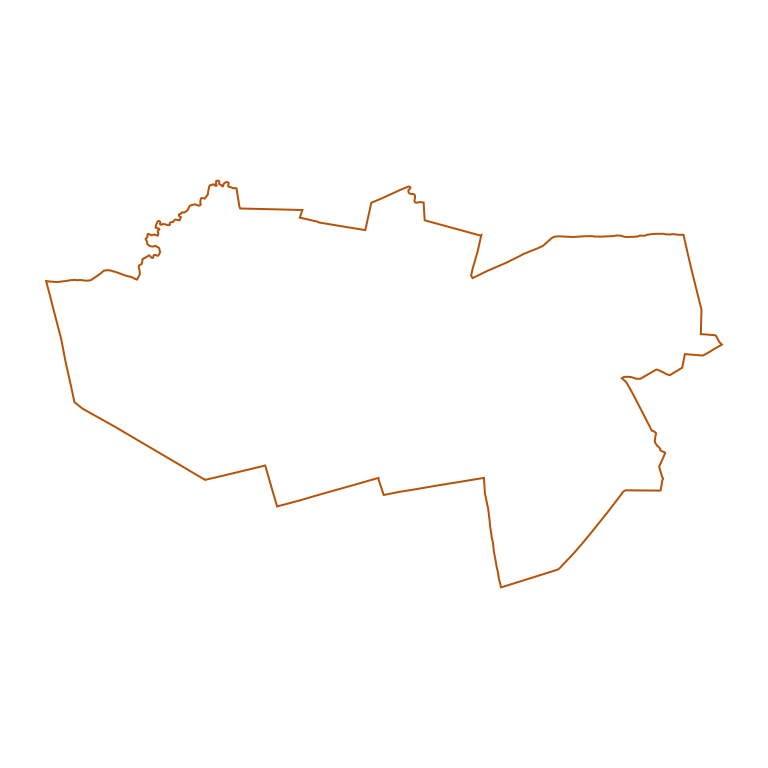 the district of Racovita, Timis, Romania
{"feature_id": "2599482B19277843402836", "entity_name": "Racovita", "entity_type": "district", "adm_level": 2, "iso_a3": "ROU", "parent_name": "Romania", "parent_adm1": "Timis", "projection": "robinson", "projection_center": [21.607, 45.699], "detail": "fine", "context": "isolated", "style": "outline", "palette": "amber", "viewbox_px": 768, "rotation_deg": 0, "n_neighbors": 0, "source": "geoboundaries", "source_scale": "gbopen_adm2", "svg_char_len": 6083}
<svg xmlns="http://www.w3.org/2000/svg" viewBox="0 0 768 768"><path d="M501.1,587.4L552.4,571.3L557.9,569.5L559.0,568.8L560.2,567.6L573.6,553.4L579.5,546.7L589.2,535.1L607.3,512.6L619.4,496.8L623.3,491.6L624.4,490.9L625.4,490.4L626.4,490.3L660.5,490.6L661.9,483.2L662.3,480.2L663.0,479.2L663.1,478.5L662.3,477.4L659.2,466.9L659.4,465.9L661.9,460.5L665.2,453.1L664.9,452.5L660.7,450.6L660.3,450.3L660.2,449.8L660.3,449.2L660.2,448.6L656.9,445.4L655.5,443.2L654.9,441.9L654.8,440.7L655.1,439.6L655.1,438.2L655.6,435.4L655.8,434.6L656.1,434.0L655.9,433.0L655.3,432.3L654.3,431.8L653.8,431.3L653.5,431.0L651.8,430.7L644.1,415.6L632.2,392.6L627.2,383.8L626.0,381.9L621.9,378.3L623.5,377.2L624.2,376.9L629.4,376.8L631.5,377.2L636.0,378.7L639.9,378.8L640.5,378.7L655.9,369.8L656.8,369.6L657.8,369.8L664.8,373.1L666.2,374.1L669.8,375.2L682.2,367.7L682.8,364.6L684.9,354.1L702.1,355.5L703.6,355.2L710.9,351.1L713.9,349.1L721.9,344.6L719.1,341.7L716.2,336.1L715.1,335.3L714.0,335.1L700.8,334.1L701.5,309.7L691.4,269.3L687.7,253.4L683.5,234.8L680.8,234.8L678.5,234.8L676.5,234.5L673.0,234.2L672.4,234.2L671.1,234.4L669.3,234.5L668.2,234.3L666.0,234.3L665.3,234.3L664.0,233.9L663.1,233.8L659.4,233.8L656.8,233.8L651.2,234.2L648.1,234.6L646.8,234.8L645.4,235.5L645.0,235.7L643.8,235.7L640.4,235.6L639.8,235.6L639.3,235.8L638.0,236.4L637.1,236.6L635.7,236.5L633.4,236.9L632.4,236.9L630.8,236.8L627.7,237.0L624.3,236.8L621.4,235.8L617.6,235.4L612.6,236.1L609.0,236.3L600.5,236.6L593.6,236.5L592.2,236.1L583.4,236.3L573.5,237.0L558.7,236.3L555.1,236.6L552.0,237.8L543.3,245.6L538.2,248.1L523.6,253.9L520.2,255.8L506.1,262.8L486.7,271.2L472.6,278.1L471.1,275.8L472.4,269.5L477.7,251.3L481.3,235.0L480.2,235.5L424.7,220.3L423.6,202.5L422.8,202.5L422.5,202.4L421.3,202.1L419.8,202.1L416.5,202.7L415.8,202.6L415.3,202.4L414.7,201.9L414.5,201.1L414.4,200.4L414.8,198.9L415.0,197.0L415.0,196.1L414.8,195.2L414.4,194.4L413.9,194.2L412.6,193.9L411.1,194.0L409.2,193.3L408.7,192.6L408.5,191.9L408.4,190.2L409.4,189.3L410.3,188.2L410.4,187.6L410.1,187.1L409.6,186.8L408.5,186.5L399.8,190.1L393.1,193.2L381.7,198.4L371.3,202.8L365.3,230.1L341.9,226.3L318.6,222.4L318.1,221.8L312.3,220.5L299.8,217.6L302.4,210.0L240.2,208.5L239.4,206.5L236.8,190.2L236.5,188.3L236.1,188.2L235.1,188.1L233.7,188.4L232.5,188.0L231.7,187.5L230.6,187.1L229.7,187.0L228.6,186.7L228.3,186.3L228.1,185.8L228.2,185.2L228.5,184.3L228.7,183.5L228.6,182.8L227.8,182.3L226.9,182.0L225.3,182.5L223.8,183.7L222.9,186.2L222.7,186.3L222.0,186.3L221.8,186.1L221.6,185.7L221.6,185.4L221.4,185.2L219.2,184.0L219.2,183.2L219.3,182.6L219.3,182.0L219.2,181.5L218.7,180.8L218.4,180.6L216.6,180.9L216.4,181.0L216.2,181.2L216.1,181.7L216.1,182.6L215.9,183.0L215.9,183.6L216.1,184.4L216.7,185.4L216.6,185.6L216.2,185.8L215.6,185.8L215.0,185.5L214.6,185.2L214.0,184.6L213.8,184.5L213.3,184.4L212.3,184.5L212.1,184.6L211.6,185.1L210.4,185.2L209.7,185.5L209.6,185.9L209.2,186.5L208.7,189.2L208.4,190.2L207.8,194.6L204.8,198.5L204.2,198.5L202.5,198.1L201.9,198.0L201.5,198.1L201.1,198.4L200.8,198.9L200.5,200.5L200.4,201.9L200.3,202.7L200.5,203.6L200.7,204.2L200.7,204.6L199.9,205.4L199.6,205.5L198.3,205.6L197.6,205.4L196.6,204.9L195.1,204.4L194.6,204.3L193.9,204.5L192.8,204.9L191.2,205.3L189.8,205.8L187.9,209.4L187.6,210.0L186.6,211.0L185.8,211.6L184.5,212.4L183.8,212.6L183.4,212.6L182.2,212.3L181.8,212.5L181.4,213.0L181.1,213.6L179.7,214.1L179.2,214.3L178.8,214.6L178.8,215.0L178.9,215.4L179.3,216.2L180.1,216.8L180.9,217.2L180.0,219.2L179.5,220.3L176.2,219.7L175.5,219.6L175.0,219.8L174.3,220.3L173.5,221.1L173.3,221.9L172.9,222.1L171.5,222.2L170.4,222.5L170.1,222.7L169.7,223.3L169.9,224.2L169.9,224.7L169.6,225.0L168.8,225.1L168.3,225.3L167.7,225.2L166.0,224.5L163.3,224.0L162.8,224.0L161.8,224.7L161.3,224.7L160.7,224.7L160.3,224.6L160.1,224.3L160.0,223.9L160.4,222.4L160.2,222.0L160.0,221.6L159.5,221.2L159.0,221.0L158.3,221.0L157.7,221.4L156.1,225.0L155.6,227.6L159.1,228.8L159.4,229.3L159.2,229.7L158.9,229.9L158.5,230.2L157.8,231.0L157.8,231.4L157.7,231.6L158.1,233.0L158.3,233.7L158.2,234.6L158.0,235.2L157.7,235.7L155.4,234.9L154.9,234.6L154.6,234.6L152.8,234.9L151.8,235.3L148.4,233.9L148.0,234.0L147.8,234.1L147.4,235.0L147.5,236.4L147.3,237.1L147.1,237.5L146.2,238.2L145.9,238.6L145.7,238.9L145.7,239.2L145.8,239.6L146.3,240.2L146.8,241.4L147.1,242.9L147.6,244.5L149.1,245.4L149.8,246.0L150.7,246.2L151.8,246.5L152.4,246.6L153.1,246.5L155.5,245.8L156.9,246.8L158.9,247.8L159.3,248.5L159.4,248.9L159.5,250.0L160.2,252.1L159.0,254.5L158.4,255.4L158.0,255.7L157.6,255.8L155.5,255.0L154.8,255.0L154.1,255.1L153.8,255.3L153.5,255.7L153.4,256.3L153.4,257.1L153.2,257.6L152.4,257.9L152.0,257.9L151.6,257.7L150.1,256.1L149.6,255.6L149.2,255.4L148.9,255.5L147.8,256.1L146.0,257.3L143.6,258.5L142.4,259.4L142.4,260.9L141.7,263.9L139.0,265.6L138.9,265.9L138.7,266.7L138.8,267.8L139.4,269.6L139.9,273.9L138.8,276.3L137.0,279.6L134.6,278.7L132.9,277.7L131.0,276.9L125.6,275.6L116.0,272.1L113.6,271.4L111.7,270.9L111.3,270.7L110.0,270.5L108.5,270.1L106.5,270.3L103.9,270.7L102.3,271.9L101.5,272.9L100.3,273.7L96.0,276.7L95.0,277.3L93.8,278.2L92.9,278.7L91.9,279.5L90.5,280.3L89.0,280.5L86.3,280.7L84.7,280.6L82.6,280.2L81.3,280.0L77.0,280.2L75.8,280.0L73.5,280.0L70.0,280.2L66.1,281.0L63.7,281.2L60.4,281.7L57.1,282.0L56.0,281.9L55.0,282.0L53.0,281.7L49.1,281.5L46.1,281.0L49.9,295.3L53.8,310.7L60.4,335.9L61.5,340.6L65.3,360.5L71.7,389.3L74.4,402.1L82.3,408.5L103.7,420.5L115.2,426.9L140.8,442.0L155.5,450.6L161.9,454.4L182.1,466.3L196.6,474.9L204.7,479.6L204.7,479.4L205.3,479.7L206.7,479.5L223.4,475.6L265.2,465.5L267.0,471.8L271.4,487.0L277.1,506.4L299.8,500.4L314.3,496.1L322.1,493.9L348.0,486.6L348.9,486.4L378.5,477.9L378.7,479.8L383.7,495.0L394.8,492.8L398.4,492.0L413.4,489.6L438.0,485.4L463.2,481.3L483.9,477.9L484.9,493.1L487.4,505.3L488.1,508.0L489.0,515.7L489.7,521.2L490.2,527.1L491.4,534.3L491.5,536.6L492.6,541.0L492.7,541.8L493.1,544.3L493.9,551.6L495.5,560.0L495.8,561.7L496.8,567.7L497.7,571.2L498.3,574.4L498.3,575.0L499.2,580.0L499.8,582.0L500.3,583.9L500.7,586.5L501.1,587.4Z" fill="none" stroke="#b45309" stroke-width="2"/></svg>